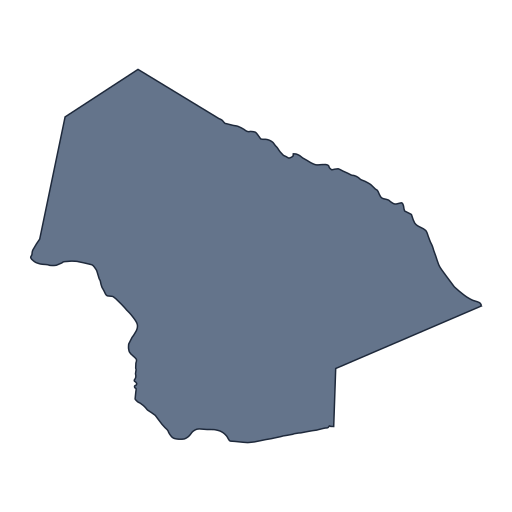 outline of Soledad, El Paraíso, Honduras
{"feature_id": "27666195B67097486402294", "entity_name": "Soledad", "entity_type": "district", "adm_level": 2, "iso_a3": "HND", "parent_name": "Honduras", "parent_adm1": "El Paraíso", "projection": "mercator", "projection_center": [-87.146, 13.616], "detail": "fine", "context": "isolated", "style": "filled", "palette": "slate", "viewbox_px": 512, "rotation_deg": 0, "n_neighbors": 0, "source": "geoboundaries", "source_scale": "gbopen_adm2", "svg_char_len": 6032}
<svg xmlns="http://www.w3.org/2000/svg" viewBox="0 0 512 512"><path d="M330.4,426.4L333.7,426.5L335.7,368.5L481.3,306.0L481.1,305.8L481.0,305.6L481.1,304.9L481.0,304.4L480.2,303.3L479.7,302.8L478.7,302.3L477.2,301.7L475.6,301.2L473.7,300.6L472.8,300.3L471.3,299.6L469.6,298.7L466.6,296.9L464.4,295.3L462.7,294.0L459.0,291.0L454.8,287.3L454.1,286.6L453.3,285.5L450.7,282.0L446.0,275.7L441.7,269.8L440.1,267.4L439.6,266.5L439.1,265.5L438.7,264.7L437.2,260.5L435.8,256.2L433.8,250.7L432.8,247.4L432.3,246.0L431.7,244.6L430.4,242.0L429.5,239.7L428.2,236.2L427.4,233.8L427.0,232.7L426.5,231.7L425.9,230.7L425.4,230.2L424.9,229.9L423.6,228.9L421.7,227.9L418.9,226.5L417.5,225.7L416.4,224.9L415.5,224.0L414.6,222.9L414.3,222.2L413.8,221.1L413.2,219.8L411.7,215.3L411.4,214.5L410.9,214.2L409.8,213.6L405.2,211.3L404.8,211.1L404.6,210.9L404.4,210.2L404.0,209.0L403.6,206.4L403.3,205.2L403.0,204.5L402.7,203.8L402.4,203.4L402.0,203.0L401.8,202.9L401.5,202.8L400.9,202.9L399.1,203.3L396.7,203.9L395.9,204.0L395.2,204.0L394.4,203.9L393.5,203.6L392.3,202.9L390.4,201.6L389.0,200.4L388.3,200.0L387.8,199.8L386.5,199.4L383.5,198.7L382.7,198.4L382.2,198.2L381.8,197.9L381.2,197.4L380.8,197.0L380.4,196.4L380.0,195.6L379.4,194.5L378.2,191.8L377.7,190.9L377.2,190.2L376.6,189.8L375.9,189.4L375.3,189.0L371.1,184.9L369.9,184.0L368.2,183.0L365.0,181.3L364.0,180.9L362.2,180.2L361.0,179.7L360.0,179.0L359.0,178.1L358.4,177.6L357.4,177.0L356.4,176.4L355.1,175.9L354.3,175.6L353.4,175.4L352.2,175.3L351.2,175.0L347.7,173.2L342.8,171.0L340.4,169.7L338.8,169.0L338.3,168.8L337.9,168.8L334.6,169.2L332.4,169.7L331.9,169.8L331.6,169.7L330.5,168.9L330.0,168.4L329.7,168.1L329.2,167.3L328.8,166.1L328.4,165.6L327.9,165.2L327.0,164.8L326.1,164.6L325.2,164.5L321.4,164.6L318.1,164.9L316.8,164.9L316.1,164.8L315.1,164.6L313.5,164.0L311.8,163.2L310.8,162.7L309.6,162.0L307.2,160.5L302.6,157.9L299.7,155.6L297.7,154.6L296.9,154.3L296.1,154.0L294.9,153.9L293.7,153.8L293.3,153.8L293.2,155.4L293.2,155.8L292.9,156.1L292.2,156.7L291.7,157.1L290.8,157.5L289.8,157.9L288.9,158.1L288.6,158.0L288.1,157.8L286.1,156.6L283.7,155.5L283.3,155.2L282.9,154.8L281.3,153.1L280.1,151.8L279.0,150.3L277.9,148.6L277.2,147.6L276.5,146.8L275.4,145.7L274.8,144.9L273.5,143.1L273.1,142.6L272.4,142.0L271.1,141.1L270.1,140.6L269.3,140.2L268.1,139.8L267.0,139.5L265.6,139.3L263.8,139.3L262.7,139.3L261.4,139.1L260.9,139.0L260.5,138.6L259.9,137.8L257.6,134.6L256.9,133.7L255.9,132.6L255.5,132.3L255.1,132.1L253.5,131.7L251.7,131.5L250.5,131.4L248.7,131.7L248.0,131.6L247.4,131.4L246.6,131.2L246.2,130.9L245.5,130.5L244.0,129.4L241.4,127.9L239.9,127.2L238.1,126.4L237.2,126.1L236.3,125.9L233.2,125.4L226.5,123.7L225.4,123.5L225.1,123.4L224.8,123.2L224.0,122.4L222.4,120.5L221.9,120.1L221.3,119.7L220.2,119.1L219.1,118.7L138.0,69.4L65.1,116.9L39.7,239.1L36.5,243.8L34.5,247.2L33.5,248.9L33.0,249.7L32.5,250.9L32.2,252.1L32.0,254.1L31.9,254.7L31.5,255.5L31.0,256.4L30.8,256.8L30.7,257.2L30.8,257.9L31.2,258.5L31.6,259.2L32.5,260.0L33.4,260.8L34.4,261.6L35.2,262.1L35.7,262.4L36.6,262.8L39.0,263.6L40.5,264.0L42.7,264.3L45.6,264.5L47.5,264.7L48.3,264.9L49.5,265.3L50.1,265.4L51.8,265.5L54.1,265.5L55.2,265.4L55.9,265.3L56.5,265.2L57.4,264.8L61.0,263.3L62.2,262.7L63.1,262.0L63.5,261.8L65.0,261.6L67.9,261.4L70.1,261.2L72.0,261.1L73.7,261.2L75.9,261.3L77.1,261.4L78.9,261.8L83.7,262.8L89.2,264.1L91.6,264.7L92.1,264.9L92.5,265.1L93.4,265.9L94.4,267.1L95.7,269.0L96.3,269.8L96.6,270.6L96.9,271.2L97.8,274.2L99.0,278.2L99.3,279.0L100.0,280.2L100.3,281.0L101.0,284.3L101.9,287.1L102.3,287.9L103.4,289.8L104.0,290.9L105.1,293.2L105.5,294.0L106.0,294.7L106.4,295.2L106.7,295.4L107.1,295.7L107.7,295.9L108.7,296.0L111.8,296.3L112.4,296.4L112.8,296.5L113.4,296.8L114.0,297.3L115.8,298.7L121.5,304.3L124.4,307.4L126.8,310.2L129.4,312.8L131.0,314.6L133.5,317.8L134.6,319.3L135.4,320.5L136.2,321.8L136.9,323.2L137.2,324.1L137.4,325.1L137.5,326.0L137.4,327.0L137.3,328.0L136.8,329.6L136.2,331.0L134.4,334.0L133.6,335.3L132.4,336.9L132.0,337.5L128.8,343.8L128.7,344.2L128.6,344.7L128.5,346.7L128.5,348.2L128.8,349.9L129.1,351.2L129.5,352.1L130.3,353.2L131.1,354.2L134.6,357.3L135.6,358.3L136.2,359.1L136.4,359.5L136.5,359.9L136.5,360.6L136.4,361.4L135.9,363.1L135.7,367.5L135.7,368.2L136.0,369.2L136.1,369.7L135.5,373.7L135.5,374.0L135.7,374.7L135.8,375.2L135.8,376.0L135.8,376.8L135.7,377.4L135.5,378.0L135.0,379.0L134.4,379.8L134.3,380.1L134.3,380.4L134.3,380.8L134.5,381.2L134.7,381.4L135.4,381.8L135.8,382.2L136.5,383.1L136.7,383.5L136.6,384.3L136.3,384.8L136.1,385.1L135.9,385.3L135.2,385.5L134.9,385.7L134.6,386.1L134.5,386.5L134.6,387.2L134.8,387.7L135.2,388.0L135.7,388.2L135.8,388.3L136.0,388.6L136.1,388.9L136.1,389.9L135.8,392.0L135.1,398.9L135.2,399.2L135.8,400.0L136.7,400.9L137.5,401.7L138.4,402.3L139.7,402.9L140.4,403.3L142.0,404.5L143.2,405.4L144.5,406.6L145.8,408.0L147.1,409.6L147.9,410.3L151.3,412.5L155.2,415.3L155.9,416.2L158.2,419.3L162.0,424.3L165.0,427.6L166.9,429.4L167.6,430.2L168.0,430.8L168.6,432.3L169.3,433.6L170.4,435.2L171.5,436.6L172.0,437.1L172.5,437.5L173.1,437.9L173.7,438.2L174.8,438.6L177.0,439.0L178.9,439.2L181.9,439.2L183.9,439.0L184.4,438.9L185.1,438.6L186.0,438.2L187.1,437.5L188.0,436.9L188.7,436.3L189.3,435.7L190.2,434.7L191.3,433.2L191.9,432.4L192.9,431.4L194.0,430.6L195.2,429.9L195.9,429.6L196.5,429.3L197.5,429.1L198.5,429.0L199.2,428.9L207.0,429.5L210.2,429.5L214.2,429.6L215.9,429.9L218.0,430.4L220.0,431.0L221.4,431.7L223.1,432.7L224.5,433.8L225.5,434.8L226.7,436.1L227.4,437.2L228.2,438.7L228.9,439.8L229.5,440.6L229.8,440.8L230.0,440.9L230.5,441.1L231.6,441.2L234.7,441.4L243.6,442.3L247.6,442.6L248.9,442.5L254.5,441.9L257.4,441.3L260.4,440.7L265.6,439.6L271.1,438.7L272.1,438.5L273.3,438.2L280.8,436.6L283.2,435.9L286.6,435.4L290.9,434.6L292.6,434.3L294.3,433.7L298.7,433.0L300.4,432.9L301.2,432.8L305.7,431.9L308.9,431.3L312.3,430.7L316.7,430.1L318.5,429.6L323.8,428.3L325.4,428.0L326.9,427.9L327.4,427.8L327.9,427.6L328.3,427.3L328.7,426.8L329.1,426.2L329.5,425.9L330.0,426.0L330.4,426.4Z" fill="#64748b" stroke="#1e293b" stroke-width="1.5"/></svg>